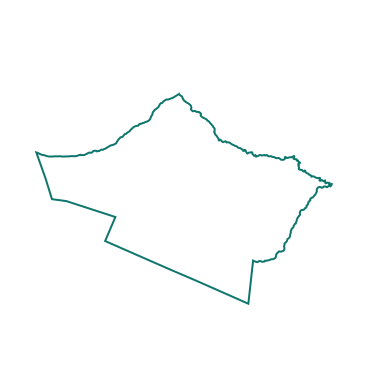 Capitán Sarmiento, Buenos Aires, Argentina (Robinson projection), rotated 54°
{"feature_id": "61730980B51809222363415", "entity_name": "Capitán Sarmiento", "entity_type": "district", "adm_level": 2, "iso_a3": "ARG", "parent_name": "Argentina", "parent_adm1": "Buenos Aires", "projection": "robinson", "projection_center": [-59.868, -34.142], "detail": "fine", "context": "isolated", "style": "outline", "palette": "teal", "viewbox_px": 384, "rotation_deg": 54, "n_neighbors": 0, "source": "geoboundaries", "source_scale": "gbopen_adm2", "svg_char_len": 5979}
<svg xmlns="http://www.w3.org/2000/svg" viewBox="0 0 384 384"><g transform="rotate(54 192 192)"><path d="M315.5,212.1L283.4,182.9L284.9,182.2L285.2,181.8L286.1,181.3L286.4,180.8L287.1,180.5L287.3,179.9L287.4,178.3L287.6,177.9L288.3,177.1L289.2,176.7L289.8,176.0L290.7,174.7L290.5,173.3L291.1,172.8L291.3,172.0L292.2,170.4L292.8,168.5L293.0,167.3L293.9,166.1L294.1,165.3L294.3,163.3L293.9,162.4L292.6,161.2L292.1,160.5L291.5,159.1L291.4,158.4L291.5,157.7L291.2,157.0L291.2,156.5L292.1,155.6L292.5,155.1L292.8,154.5L292.9,153.9L293.2,153.2L293.3,152.4L293.0,151.6L292.5,150.9L291.7,150.2L291.0,149.8L290.1,149.6L288.8,147.9L288.2,147.6L288.0,147.1L287.9,145.6L287.7,144.7L287.3,143.9L286.3,142.5L286.2,140.2L285.8,139.3L283.3,136.6L282.9,135.8L281.8,135.2L281.1,133.8L280.5,133.3L280.3,132.2L280.2,131.2L279.8,130.2L279.0,129.5L278.9,128.9L278.3,127.7L278.5,126.6L278.3,126.3L277.8,125.9L277.5,125.2L276.8,124.1L276.2,123.8L275.4,122.4L274.8,121.6L274.5,119.9L274.2,119.4L274.1,118.3L273.0,117.4L272.2,117.0L271.3,115.9L271.0,114.9L271.0,113.9L272.0,112.2L271.9,111.2L271.5,110.4L271.7,108.8L271.3,107.9L270.4,107.4L270.2,105.7L269.6,105.0L269.3,104.3L268.7,103.9L268.5,103.1L268.6,102.5L268.2,102.1L268.1,101.4L268.0,100.9L267.3,100.6L267.2,100.1L266.9,99.7L267.1,98.2L267.4,97.6L267.3,96.8L266.7,95.1L266.7,93.9L266.3,93.3L265.9,92.4L264.8,90.5L264.4,90.4L263.1,89.4L262.4,87.6L262.5,87.0L262.8,86.5L263.0,85.6L264.3,84.7L264.9,84.5L265.2,83.3L265.1,82.2L265.2,81.7L265.7,81.3L266.2,80.5L267.2,80.2L267.6,79.6L267.4,78.2L267.5,77.7L268.0,77.3L268.3,76.8L268.7,76.6L268.6,76.4L268.3,76.2L268.6,76.0L268.6,75.8L268.5,75.7L268.0,75.7L267.9,75.4L268.0,75.1L267.5,75.1L267.5,74.5L266.4,75.2L266.3,75.5L266.7,76.4L266.6,76.6L266.4,76.6L266.2,76.5L265.6,75.9L265.4,75.8L265.0,75.8L264.8,76.3L263.9,77.0L263.8,77.5L263.9,78.0L263.6,78.6L263.2,78.8L262.6,78.6L261.5,77.9L260.8,77.7L260.7,78.1L260.7,78.8L260.6,79.3L260.1,79.5L259.2,79.7L258.5,80.1L258.6,81.2L258.1,81.9L257.6,82.0L257.2,81.7L257.0,81.2L256.2,80.3L255.5,80.5L255.2,81.3L254.8,81.9L253.6,83.1L251.9,84.0L251.2,84.2L250.5,84.7L249.8,86.3L249.1,85.9L248.2,86.3L247.3,86.6L246.5,87.2L245.5,87.2L244.3,88.0L242.8,88.5L241.5,88.0L241.0,88.1L241.0,88.5L241.2,88.8L241.3,89.2L241.1,89.6L240.8,89.8L239.6,90.1L238.7,90.1L237.8,91.2L236.5,92.1L235.6,91.7L235.4,91.3L235.1,91.0L233.5,90.6L233.4,90.1L233.2,89.8L232.9,89.7L232.5,89.8L231.9,89.6L231.8,88.8L232.0,88.1L231.9,87.6L231.2,87.4L231.0,87.5L230.4,88.0L230.1,88.1L229.6,88.1L229.2,87.8L228.9,87.8L228.7,87.9L228.5,88.5L228.2,88.7L227.3,88.2L227.0,88.2L226.6,88.5L226.4,88.9L226.1,89.2L225.5,89.8L224.9,90.2L224.5,90.2L223.6,88.6L223.2,88.3L222.9,88.3L222.8,88.5L222.8,88.9L222.3,90.9L222.1,91.5L221.2,92.8L220.7,94.4L220.3,95.3L219.4,95.6L219.1,95.6L218.7,95.7L218.5,96.2L218.5,96.4L218.9,96.5L219.2,96.7L219.6,97.3L219.8,97.8L219.8,98.6L219.1,100.1L218.1,101.0L217.6,101.2L216.5,101.4L215.5,101.8L214.5,103.5L213.6,104.3L212.9,104.7L212.5,104.7L210.7,106.4L209.4,107.1L208.7,108.3L208.3,108.8L207.1,109.5L206.6,109.5L206.1,109.8L205.8,110.2L205.8,110.7L205.6,111.2L205.4,111.4L204.7,111.6L204.2,112.6L203.9,113.4L203.7,113.8L203.3,114.3L202.4,114.8L202.1,115.2L201.8,116.0L201.7,117.2L201.2,118.7L201.1,119.3L200.8,119.4L200.2,118.9L199.5,119.0L199.3,120.4L199.2,120.5L196.5,120.7L195.6,120.1L195.2,120.1L195.0,120.3L193.6,122.8L193.5,124.5L193.1,124.7L192.3,124.7L190.3,124.6L190.0,124.2L189.2,124.4L189.0,124.8L189.2,125.7L188.9,126.2L188.6,125.9L188.0,125.8L186.8,126.6L185.4,126.9L185.0,127.1L183.7,128.3L183.0,128.7L181.4,129.0L180.0,130.0L179.6,130.3L179.1,130.4L177.3,131.5L175.5,132.2L174.2,132.6L173.5,133.1L172.4,134.3L172.2,134.9L171.8,135.0L171.7,134.9L171.3,134.9L170.7,135.1L170.5,135.3L169.9,137.6L168.5,138.1L166.5,138.2L166.3,138.7L166.2,139.8L165.7,139.9L165.4,139.8L164.7,139.3L164.2,139.1L162.8,139.3L161.8,139.0L160.8,139.2L160.0,139.2L159.1,139.4L158.2,139.2L157.5,138.8L156.7,138.9L156.4,138.7L156.2,138.5L156.2,138.2L155.9,137.7L155.2,137.4L154.3,136.6L153.8,136.4L152.2,136.6L150.9,136.4L149.5,136.6L148.6,136.5L147.4,136.8L145.3,136.8L144.2,137.1L143.9,137.2L143.6,137.4L143.1,137.6L141.9,137.5L137.7,139.6L136.4,140.0L135.4,140.1L134.8,139.7L134.2,139.0L133.9,138.8L133.2,138.9L132.8,138.8L132.6,139.0L131.6,139.2L131.0,140.0L129.8,140.9L129.8,141.2L128.3,142.0L127.9,142.4L127.3,143.7L127.1,143.9L126.1,144.2L124.5,144.3L124.2,143.7L123.7,143.5L123.3,142.9L122.1,142.3L121.6,142.2L120.3,142.3L118.5,142.8L115.9,144.0L113.2,144.7L112.6,144.7L111.0,144.5L108.8,144.0L108.4,144.1L107.4,144.5L106.5,144.8L105.6,145.0L105.1,144.9L105.2,145.3L105.0,145.9L104.6,151.5L104.4,152.7L104.1,153.6L103.2,156.9L102.8,157.6L102.3,158.0L102.0,158.9L101.9,162.0L102.3,163.1L102.4,163.8L101.9,164.8L102.0,165.4L102.1,166.5L102.2,166.8L102.7,167.3L103.0,168.2L103.5,169.1L103.6,169.4L103.7,172.0L103.7,174.3L103.9,175.1L104.3,175.7L104.4,176.6L104.7,177.2L105.9,178.3L106.2,178.8L106.4,179.7L106.7,180.1L107.1,181.0L108.5,183.3L108.8,184.6L108.7,186.6L108.0,188.6L107.8,190.1L107.2,191.4L107.1,192.2L106.8,192.8L106.7,193.9L106.1,194.6L106.6,196.1L106.7,196.7L106.2,197.3L105.3,199.8L105.2,201.4L105.6,204.9L106.2,206.8L106.0,208.6L106.0,210.3L106.2,210.8L105.7,212.4L105.9,213.4L106.5,215.5L106.3,216.6L105.8,217.6L106.0,219.0L106.6,221.6L107.5,223.7L108.0,224.6L107.8,227.0L107.0,229.4L106.6,230.0L106.5,230.7L106.1,234.7L106.0,236.6L105.5,238.4L105.3,239.6L104.6,240.3L104.3,241.1L104.3,242.0L104.2,243.1L103.0,245.3L102.2,245.4L101.3,246.7L100.9,247.7L100.9,248.3L101.3,249.4L101.0,250.5L100.2,251.3L99.9,252.0L99.6,252.2L99.4,252.9L99.4,254.0L98.9,256.9L98.5,258.0L97.4,259.2L97.0,260.1L96.6,260.1L96.2,260.7L95.7,261.8L95.1,264.0L94.5,265.3L91.8,268.9L90.9,270.5L87.2,276.0L85.8,277.4L85.2,278.2L83.3,281.0L81.9,282.8L81.3,284.1L79.7,286.2L78.7,287.5L74.9,290.3L74.2,291.2L72.6,292.3L69.7,293.8L68.5,294.7L95.2,302.6L115.5,309.5L125.5,299.0L167.2,268.7L180.6,291.1L243.7,254.2L264.8,241.6L315.5,212.1Z" fill="none" stroke="#0f766e" stroke-width="2"/></g></svg>